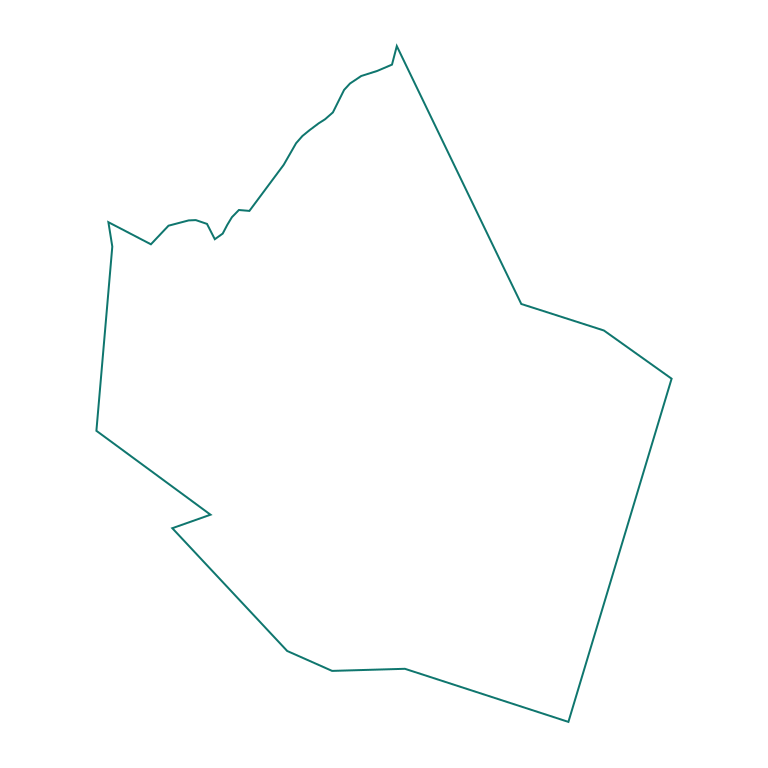 the district of Paraú, Rio Grande do Norte, Brazil
{"feature_id": "56859067B96268545119008", "entity_name": "Paraú", "entity_type": "district", "adm_level": 2, "iso_a3": "BRA", "parent_name": "Brazil", "parent_adm1": "Rio Grande do Norte", "projection": "natural_earth1", "projection_center": [-37.138, -5.774], "detail": "fine", "context": "isolated", "style": "outline", "palette": "teal", "viewbox_px": 768, "rotation_deg": 0, "n_neighbors": 0, "source": "geoboundaries", "source_scale": "gbopen_adm2", "svg_char_len": 587}
<svg xmlns="http://www.w3.org/2000/svg" viewBox="0 0 768 768"><path d="M396.8,46.1L392.0,64.6L377.3,70.9L361.2,76.0L350.0,83.5L344.1,89.9L332.9,112.4L325.0,119.3L318.7,123.3L309.5,130.2L302.4,136.0L296.1,143.2L283.7,164.8L249.4,210.9L238.9,210.0L231.9,217.2L227.2,225.0L222.7,233.6L214.8,239.2L207.0,223.9L195.8,220.1L188.7,220.4L168.5,225.7L150.9,244.3L108.4,222.2L112.3,246.6L96.4,430.8L210.5,514.7L172.3,528.2L287.2,651.0L332.1,670.9L404.9,668.8L568.4,721.9L671.6,378.7L603.9,330.5L532.3,307.5L521.3,304.0L502.2,264.6L396.8,46.1Z" fill="none" stroke="#0f766e" stroke-width="2"/></svg>